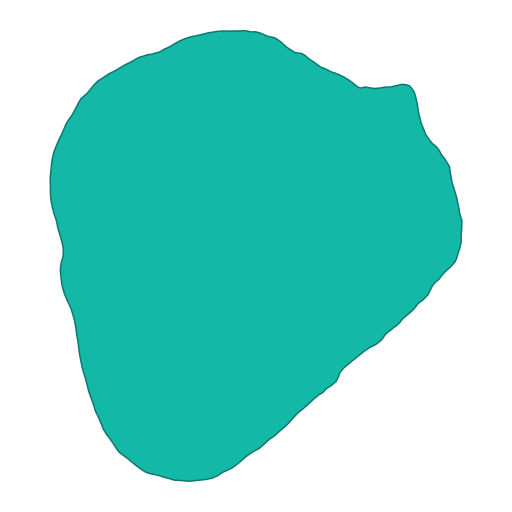 the district of Kolhumadulu, Maldives
{"feature_id": "70690204B68081100071984", "entity_name": "Kolhumadulu", "entity_type": "district", "adm_level": 2, "iso_a3": "MDV", "parent_name": "Maldives", "parent_adm1": "", "projection": "equal_earth", "projection_center": [73.121, 2.361], "detail": "fine", "context": "isolated", "style": "filled", "palette": "teal", "viewbox_px": 512, "rotation_deg": 0, "n_neighbors": 0, "source": "geoboundaries", "source_scale": "gbopen_adm2", "svg_char_len": 3352}
<svg xmlns="http://www.w3.org/2000/svg" viewBox="0 0 512 512"><path d="M189.3,481.3L196.7,480.4L204.2,479.7L212.0,478.2L217.8,475.7L222.0,472.7L231.6,468.2L236.8,464.5L241.8,460.3L247.0,455.8L252.9,451.9L259.4,448.2L264.6,443.7L269.0,439.6L274.5,435.8L279.3,431.4L284.8,426.8L289.2,422.5L292.9,418.2L297.8,413.0L303.8,408.1L309.3,403.2L313.9,398.9L319.4,394.4L322.5,392.8L326.6,388.5L329.1,387.0L331.7,385.2L336.1,381.4L338.4,376.9L339.8,372.7L343.2,368.5L347.2,365.1L351.6,361.4L355.8,358.0L359.4,355.1L362.9,352.2L366.5,349.7L369.8,347.5L372.7,346.1L374.6,345.1L376.2,344.2L381.6,339.9L384.5,335.6L387.1,332.7L391.2,329.7L393.6,327.6L396.9,325.3L399.7,322.6L401.3,320.4L402.8,318.6L404.8,317.0L406.2,315.8L409.9,312.7L412.7,310.2L414.9,307.6L416.6,305.4L417.8,303.8L420.6,301.5L422.5,300.3L424.1,298.8L425.5,297.3L427.0,295.6L428.0,294.7L429.7,291.3L430.9,288.8L432.8,285.2L435.7,281.9L438.7,279.5L441.3,276.1L443.4,273.6L446.5,270.4L449.0,268.3L451.3,266.1L453.2,263.9L455.0,261.8L455.9,260.0L457.1,256.8L458.1,253.2L459.6,248.7L460.5,245.2L461.2,242.1L461.1,235.2L461.6,230.2L461.8,225.9L461.8,220.3L460.7,216.9L459.2,211.3L459.2,209.5L457.7,202.9L456.7,197.6L455.1,192.2L453.6,187.5L452.0,182.3L451.2,177.5L450.1,172.0L449.5,166.6L447.2,163.0L444.6,158.6L442.0,155.5L438.7,149.7L436.3,146.7L432.1,143.3L428.8,139.1L425.7,134.4L423.4,128.5L421.0,122.7L419.9,117.6L418.6,112.7L418.0,108.9L417.3,103.9L416.0,98.3L414.6,93.1L412.7,89.7L409.5,85.8L406.0,84.8L402.3,84.3L397.3,85.4L393.9,86.2L390.1,87.1L384.7,87.1L380.2,88.0L374.4,88.5L368.6,87.6L364.8,87.0L361.2,88.0L358.5,87.5L354.7,84.6L351.9,82.2L348.2,79.7L344.1,77.2L339.4,74.8L335.4,73.2L331.0,71.8L325.7,69.0L320.9,67.2L317.9,65.0L314.5,62.6L308.5,58.5L304.6,55.1L301.5,53.5L294.9,52.5L290.0,49.4L286.1,46.8L281.0,42.0L276.3,38.7L273.6,37.5L268.0,36.4L263.7,34.6L261.0,33.3L255.6,31.8L251.3,31.9L245.0,30.7L240.8,30.9L230.1,31.1L226.7,31.0L222.4,31.0L216.5,31.5L212.0,32.3L208.6,32.7L203.7,34.0L196.5,35.7L191.3,36.7L184.1,39.0L178.7,41.4L174.1,44.1L170.4,46.3L167.5,47.8L164.2,49.2L159.5,52.0L155.0,53.2L151.3,54.3L147.8,54.7L144.2,55.9L138.9,57.4L134.6,59.9L129.3,62.8L124.9,64.9L120.7,67.4L117.1,69.6L113.0,71.8L109.0,73.7L105.1,76.4L100.5,79.4L98.0,80.9L94.0,84.9L91.6,87.8L88.2,92.1L85.2,95.1L81.3,98.3L78.8,102.3L76.5,106.8L74.7,110.2L72.2,114.8L68.6,119.8L65.9,124.5L63.7,129.6L61.5,134.6L58.5,140.7L56.3,146.0L53.9,152.0L52.3,158.9L51.6,163.8L51.1,169.1L50.5,174.6L50.2,178.7L50.3,183.0L50.4,188.4L50.4,192.9L50.7,197.5L51.1,200.7L51.6,203.9L53.0,210.0L54.5,215.2L56.2,219.8L57.2,224.5L57.8,227.8L59.7,234.1L61.3,239.5L62.1,242.4L63.2,247.8L63.3,253.3L62.9,257.1L62.0,260.3L61.0,263.6L60.6,266.9L60.3,269.9L61.1,278.4L61.8,283.9L62.4,286.9L64.6,294.3L66.3,298.1L67.1,300.3L69.2,304.5L71.3,309.4L72.8,314.4L74.4,319.9L75.9,328.0L76.7,334.5L77.5,338.9L78.3,344.5L79.0,350.5L80.0,356.6L81.0,361.6L82.1,367.3L83.6,372.7L85.0,376.8L86.1,381.1L87.2,385.2L88.5,390.4L90.2,395.6L91.7,399.6L92.9,402.9L93.8,405.6L95.3,410.8L97.3,414.8L99.5,419.7L101.5,424.4L103.5,429.4L106.3,434.1L109.7,438.5L112.8,442.8L114.6,445.7L117.2,449.7L119.6,452.6L123.6,455.5L126.0,457.3L128.4,459.2L132.0,462.2L136.2,465.6L141.7,469.6L144.5,471.5L148.4,473.2L154.5,474.5L157.9,475.2L160.5,476.1L163.7,477.1L170.5,478.9L174.0,480.1L182.3,480.6L189.3,481.3Z" fill="#14b8a6" stroke="#0f766e" stroke-width="1.5"/></svg>